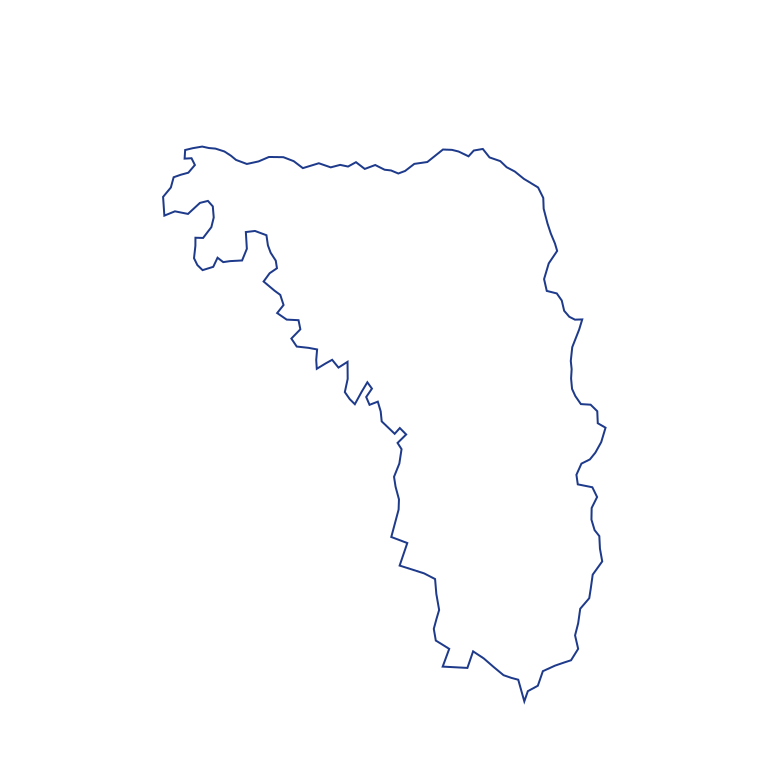 the district of Manfrinópolis, Paraná, Brazil, rotated 19°
{"feature_id": "56859067B18280238969622", "entity_name": "Manfrinópolis", "entity_type": "district", "adm_level": 2, "iso_a3": "BRA", "parent_name": "Brazil", "parent_adm1": "Paraná", "projection": "equal_earth", "projection_center": [-53.366, -26.105], "detail": "fine", "context": "isolated", "style": "outline", "palette": "blue", "viewbox_px": 768, "rotation_deg": 19, "n_neighbors": 0, "source": "geoboundaries", "source_scale": "gbopen_adm2", "svg_char_len": 2445}
<svg xmlns="http://www.w3.org/2000/svg" viewBox="0 0 768 768"><g transform="rotate(19 384 384)"><path d="M389.8,141.2L378.8,139.9L372.0,140.5L363.4,143.1L352.7,160.0L341.0,166.0L334.6,175.7L329.0,180.3L321.1,179.8L314.8,181.2L304.4,179.8L295.8,186.9L285.3,183.4L279.2,190.1L271.2,191.1L263.1,196.5L250.5,196.5L237.0,206.3L226.1,202.7L215.0,202.3L201.3,206.8L192.9,214.4L182.7,220.6L171.1,220.3L165.0,218.0L157.4,216.1L148.0,216.3L141.6,217.9L134.8,218.7L126.4,223.3L119.8,227.5L122.1,235.8L128.5,233.2L133.9,238.5L130.2,247.9L123.6,252.4L117.8,257.0L118.5,267.6L114.2,279.0L121.5,296.3L130.1,288.8L143.3,287.0L151.0,272.7L157.9,268.2L164.3,271.8L168.8,282.0L169.7,291.9L165.4,304.8L158.1,307.1L160.7,314.8L163.4,326.9L168.8,332.3L175.4,335.4L184.4,328.8L185.5,318.8L192.3,321.1L198.5,317.9L209.6,313.4L210.3,300.8L203.9,285.3L212.2,281.3L224.4,281.6L229.1,290.7L234.1,296.8L241.5,302.6L245.1,309.4L239.8,316.5L236.8,326.3L250.1,331.4L256.9,333.5L263.3,342.0L259.9,351.7L271.0,354.8L282.4,351.5L287.1,359.5L281.6,371.2L289.3,377.0L300.8,374.4L309.5,373.1L312.1,383.4L315.5,391.5L321.9,383.8L327.1,378.0L335.6,383.3L342.3,374.9L348.0,391.0L349.6,404.4L356.6,409.5L363.0,412.6L365.4,398.6L367.7,387.8L374.1,392.3L371.4,402.1L377.1,408.4L383.9,402.7L389.8,411.0L394.0,420.1L410.3,427.6L413.3,420.5L421.4,424.5L416.0,435.3L421.8,439.9L424.4,454.2L423.7,468.5L428.4,477.4L435.7,488.2L438.7,498.0L440.7,526.3L457.8,526.8L457.9,550.6L483.6,550.0L495.8,551.8L501.8,565.4L509.7,579.7L510.1,589.1L510.8,599.3L516.5,609.7L531.9,613.2L531.5,632.1L555.3,625.3L555.3,607.8L567.7,611.0L580.1,616.0L591.8,620.4L600.2,620.4L607.2,619.9L620.0,638.4L620.0,627.6L627.7,619.2L627.7,603.8L637.4,594.6L645.1,588.6L650.8,584.3L653.8,571.2L646.5,559.5L645.5,547.1L642.7,532.6L647.8,519.7L646.1,510.2L643.4,496.3L648.1,480.7L641.8,469.4L637.1,457.7L630.7,453.6L624.3,444.7L620.7,433.6L622.3,421.5L614.6,413.8L599.9,415.8L595.5,407.2L596.6,395.0L603.2,388.3L606.2,380.1L608.3,368.2L607.7,353.2L598.9,351.5L594.5,340.3L586.1,336.3L576.7,338.9L568.8,333.1L563.4,327.4L559.1,317.9L556.6,308.9L553.1,301.4L550.0,287.9L550.8,269.0L550.4,258.4L543.6,261.0L537.3,260.1L530.5,256.1L524.9,247.2L517.9,242.1L507.6,243.0L501.2,232.7L500.5,216.3L504.4,201.8L499.9,195.5L492.8,187.5L486.4,179.1L477.9,166.3L474.0,156.2L465.7,148.0L449.5,144.5L438.5,140.5L429.4,139.1L421.4,135.4L410.0,135.4L400.9,129.6L392.9,134.0L389.8,141.2Z" fill="none" stroke="#1e3a8a" stroke-width="2"/></g></svg>